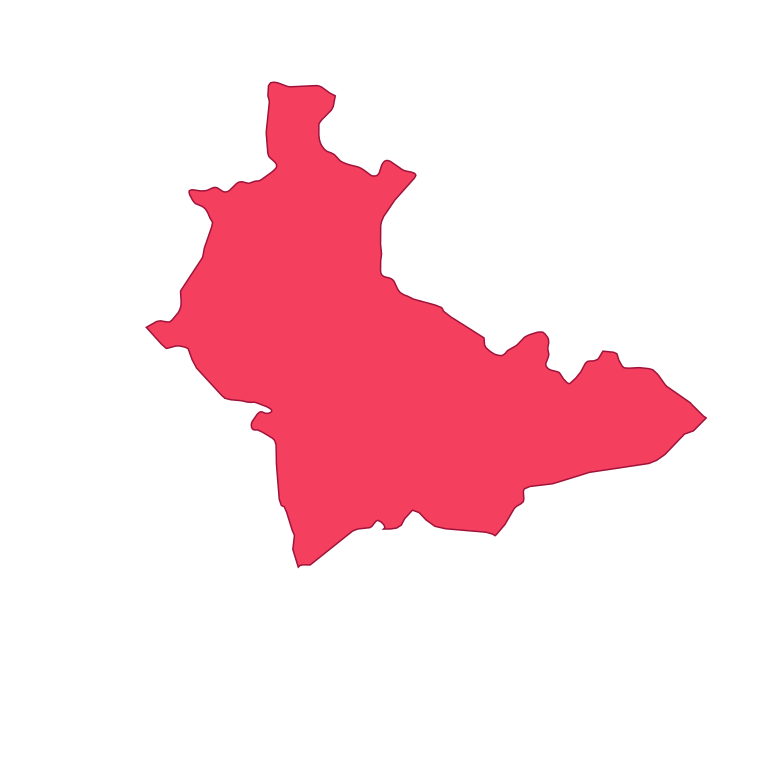 the border of Dar`a, rotated 308°
{"feature_id": "SYR-146", "entity_name": "Dar`a", "entity_type": "Province", "adm_level": 1, "iso_a3": "SYR", "parent_name": "Syria", "parent_adm1": "", "projection": "orthographic", "projection_center": [36.277, 32.826], "detail": "fine", "context": "isolated", "style": "filled", "palette": "rose", "viewbox_px": 768, "rotation_deg": 308, "n_neighbors": 0, "source": "natural_earth", "source_scale": "10m", "svg_char_len": 4839}
<svg xmlns="http://www.w3.org/2000/svg" viewBox="0 0 768 768"><g transform="rotate(308 384 384)"><path d="M264.5,462.1L262.1,461.3L253.6,452.6L248.9,449.8L196.0,437.2L191.5,431.4L189.4,429.6L186.9,429.2L197.5,414.0L205.7,409.0L209.5,406.7L212.6,401.2L223.0,386.2L225.8,381.1L225.1,377.9L228.6,372.5L254.7,348.5L269.5,336.5L272.0,332.9L272.3,332.0L272.6,329.4L271.2,317.9L270.4,314.4L269.7,312.2L268.4,310.7L267.9,309.9L267.5,308.9L267.7,307.6L268.4,306.2L270.4,304.3L272.0,303.6L273.5,303.2L282.2,302.7L284.6,303.1L285.5,303.5L286.3,304.1L286.9,304.9L287.2,305.9L287.7,307.9L288.1,308.8L288.7,309.7L289.2,310.4L290.0,311.1L290.8,311.6L291.6,312.0L292.5,312.3L293.4,312.3L294.0,311.7L294.5,310.8L294.4,308.6L293.8,305.2L290.6,294.8L289.7,292.8L287.7,290.6L285.6,287.4L283.0,281.8L282.9,281.7L277.3,273.0L274.8,267.4L275.1,263.0L281.2,226.3L281.7,225.4L285.0,217.9L291.2,208.0L291.0,206.4L290.3,204.0L288.1,199.5L286.6,197.5L285.4,196.3L278.5,191.1L278.0,190.3L278.4,184.2L282.3,161.8L293.0,166.2L294.3,167.2L296.2,169.0L299.2,174.6L300.9,176.9L304.1,177.6L313.5,177.9L316.3,177.4L319.4,176.4L321.1,175.5L324.2,173.3L331.4,166.9L332.2,166.4L371.1,163.2L373.2,162.6L380.6,158.7L401.1,151.7L405.8,149.5L407.6,144.8L410.4,139.7L411.2,137.8L411.9,135.5L411.9,135.4L412.0,134.4L412.1,133.3L411.9,130.9L410.1,124.4L410.3,122.5L411.0,119.9L413.4,114.5L414.9,112.5L416.3,111.6L417.3,112.0L418.1,112.5L418.8,113.1L419.4,113.9L423.3,120.7L425.7,123.6L427.1,124.9L427.9,125.5L433.2,128.3L433.9,128.8L434.6,129.5L435.2,130.3L435.7,131.2L436.0,132.2L436.5,138.2L436.8,139.3L437.3,140.2L437.8,141.0L438.6,141.6L439.3,142.2L440.2,142.7L441.6,143.1L450.6,144.3L452.7,144.9L453.6,145.3L455.1,146.6L455.7,147.3L456.2,148.1L458.3,152.8L458.7,153.6L459.4,154.3L464.3,157.4L465.7,158.8L466.9,160.3L469.1,161.4L481.7,165.1L485.6,165.8L488.3,165.9L489.2,165.5L490.3,164.6L490.7,164.2L491.1,163.4L491.4,162.3L491.7,161.1L492.1,154.8L492.3,153.8L492.7,152.8L494.3,150.4L509.1,136.8L511.0,135.5L511.1,135.4L535.4,120.2L537.0,118.6L539.6,115.1L547.8,109.4L549.5,109.2L551.5,109.2L553.3,110.7L554.2,111.8L554.9,112.9L555.8,114.7L556.5,116.6L558.7,123.7L559.5,125.6L560.6,127.3L577.2,146.6L577.9,147.5L578.8,149.3L579.1,150.3L579.4,151.4L579.6,152.5L579.9,162.0L581.1,168.2L571.6,173.1L567.7,173.9L553.9,172.3L550.7,172.4L548.7,172.7L540.3,179.2L537.5,181.9L535.2,184.8L533.7,187.5L532.8,190.3L532.2,192.9L532.2,194.6L532.3,196.0L532.6,197.1L533.6,200.1L534.0,202.3L534.2,203.6L533.7,207.3L533.1,210.5L533.0,212.3L533.0,213.8L534.1,218.0L535.5,222.0L538.8,229.3L539.5,231.4L539.9,233.6L540.2,236.0L540.4,245.1L540.6,246.2L541.1,247.2L542.2,248.6L542.8,249.3L543.7,249.8L544.5,250.2L545.5,250.4L546.4,250.4L547.0,250.4L554.6,247.6L555.7,247.3L558.1,247.1L559.2,247.2L560.4,247.5L561.2,248.0L561.9,248.6L562.4,249.4L562.9,250.3L563.4,252.4L564.2,266.3L564.4,267.4L564.6,268.5L565.5,270.5L567.8,275.1L568.8,278.2L568.6,279.7L568.1,280.6L567.0,280.9L564.7,281.2L535.7,279.3L515.8,280.6L510.6,282.0L506.9,283.8L491.8,295.4L485.0,302.0L479.1,305.5L471.3,311.4L469.5,313.3L468.6,315.0L468.5,316.2L468.6,317.4L469.2,319.4L470.5,322.2L470.9,323.1L471.2,324.2L471.4,325.3L471.5,326.5L471.3,327.6L471.1,328.7L467.0,336.7L466.4,338.8L466.2,339.9L466.1,341.2L466.5,344.7L467.8,348.8L469.0,354.9L477.8,375.9L479.6,382.1L479.2,384.0L478.9,384.5L478.0,385.9L478.0,395.2L481.9,434.4L476.6,439.3L475.4,442.2L475.1,446.0L475.1,448.5L475.5,452.2L475.8,453.6L476.5,455.2L477.7,457.7L478.6,458.9L479.3,459.6L480.7,460.2L483.0,460.7L485.3,460.7L486.5,460.9L487.6,461.2L495.2,464.4L497.3,464.9L507.2,465.9L509.5,466.8L512.7,468.5L519.1,472.9L521.4,475.3L522.6,477.3L522.6,479.9L521.5,484.2L521.0,485.1L520.6,485.9L519.2,487.3L517.8,488.5L514.2,490.3L512.6,491.4L511.9,492.1L509.3,495.1L508.7,495.7L507.9,496.2L506.0,497.0L499.8,498.9L498.8,499.7L497.8,500.9L497.1,504.0L497.6,506.7L500.5,513.3L500.9,515.1L500.3,517.2L498.7,521.7L498.3,523.6L497.7,527.4L498.0,529.1L498.8,530.2L506.9,531.5L514.7,531.6L524.0,530.0L525.2,530.0L526.4,530.3L527.5,530.7L529.6,532.9L530.8,534.5L532.6,535.9L534.4,536.9L535.4,537.2L536.5,537.3L544.7,536.3L550.4,545.4L551.2,548.8L550.7,549.7L547.5,554.2L544.9,560.1L544.6,562.0L544.7,563.5L547.2,567.2L554.0,575.0L558.9,582.8L560.1,585.4L560.7,587.5L560.3,592.4L559.9,594.7L556.5,606.1L556.2,608.7L557.8,637.0L557.4,638.5L555.4,655.2L555.6,658.7L555.6,658.8L537.6,656.7L529.5,651.6L501.6,648.8L491.9,645.9L484.5,641.7L441.0,600.4L409.2,578.3L393.1,562.1L387.7,559.1L385.2,559.9L379.5,565.0L377.1,566.2L374.1,565.7L369.0,563.7L365.9,563.3L347.6,565.8L340.5,565.5L334.6,565.3L332.8,564.9L332.7,562.4L330.0,555.6L307.8,521.6L303.2,511.7L302.8,500.7L304.3,490.8L302.1,484.1L290.5,483.2L283.4,484.5L278.2,482.6L273.9,478.5L269.4,472.9L271.3,473.2L272.9,470.8L273.5,467.0L272.8,463.1L270.9,462.1L264.5,462.1Z" fill="#f43f5e" stroke="#9f1239" stroke-width="1.5"/></g></svg>